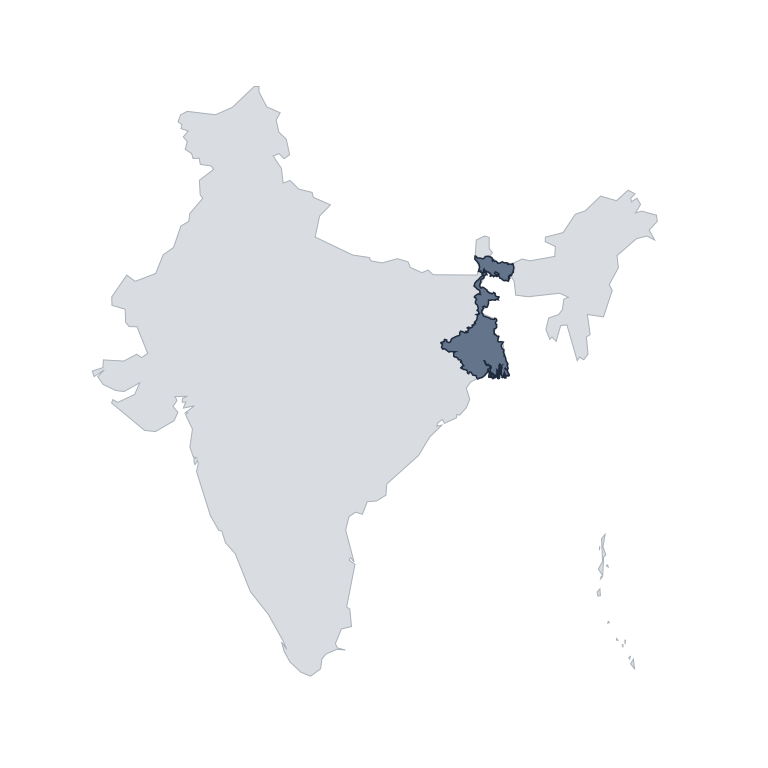 where West Bengal sits in India, rotated 354°
{"feature_id": "IND-3257", "entity_name": "West Bengal", "entity_type": "State", "adm_level": 1, "iso_a3": "IND", "parent_name": "India", "parent_adm1": "", "projection": "mercator", "projection_center": [88.164, 24.386], "detail": "fine", "context": "in_parent", "style": "filled", "palette": "slate", "viewbox_px": 768, "rotation_deg": 354, "n_neighbors": 0, "source": "natural_earth", "source_scale": "10m", "svg_char_len": 9837}
<svg xmlns="http://www.w3.org/2000/svg" viewBox="0 0 768 768"><g transform="rotate(354 384 384)"><path d="M95.2,340.6L106.2,338.3L107.4,330.7L127.6,334.0L141.2,328.6L145.7,332.4L152.2,328.8L144.3,301.2L136.7,300.3L133.5,295.8L134.4,282.6L121.7,277.4L122.3,269.0L139.5,248.8L147.3,255.9L168.5,250.2L177.9,232.4L189.0,226.2L198.5,205.6L206.9,201.9L208.7,194.1L223.2,180.3L221.0,176.8L221.7,162.1L236.9,152.8L235.1,149.2L224.3,146.3L223.8,140.1L217.7,139.8L216.7,134.6L210.8,129.9L213.7,122.4L210.2,117.3L215.7,111.9L208.8,108.8L210.2,105.0L206.6,101.6L209.9,95.0L216.7,92.3L244.6,98.6L262.1,93.0L286.0,74.6L290.8,75.0L290.2,80.5L296.4,96.1L309.1,103.4L304.3,110.3L305.8,122.6L312.4,130.3L314.1,146.1L308.1,149.5L303.8,143.9L297.6,145.7L304.5,158.8L304.7,173.6L311.9,171.8L319.5,181.2L332.5,185.9L333.3,191.0L349.5,200.3L337.5,210.2L330.9,230.7L366.2,252.4L382.6,256.7L383.7,260.1L394.7,263.4L410.6,260.8L420.8,265.1L422.3,270.8L433.3,277.2L439.8,275.3L444.3,280.5L487.9,285.4L491.2,277.8L487.7,268.7L490.8,250.5L499.4,247.3L503.9,249.2L502.8,260.1L505.6,264.7L502.6,267.8L510.7,275.8L522.9,278.3L534.4,274.1L542.2,276.8L567.2,274.9L568.8,265.2L559.2,259.3L559.9,254.8L578.0,252.1L592.0,235.2L602.1,232.9L619.1,219.8L634.3,226.0L647.1,216.7L653.5,221.2L648.8,225.0L649.1,228.6L655.0,225.7L657.9,232.2L652.0,240.1L658.3,239.0L672.6,244.5L672.8,250.8L663.8,258.6L668.2,269.1L660.9,264.3L650.2,265.9L629.2,280.6L629.2,292.9L618.3,308.8L620.8,314.7L609.3,340.2L593.5,336.1L594.2,356.3L590.2,358.4L590.0,375.6L585.2,380.8L581.5,377.7L578.6,381.0L572.1,344.4L565.8,344.3L559.7,359.6L556.0,354.8L553.6,356.9L550.7,346.6L554.7,335.5L564.8,333.3L569.2,328.7L571.7,318.4L576.5,317.0L568.2,312.1L536.3,312.3L524.3,309.4L524.1,295.1L521.1,289.1L518.7,293.7L515.1,293.7L508.1,284.8L504.4,288.3L495.3,281.4L496.7,285.7L489.6,296.3L506.8,310.1L497.0,311.7L488.4,323.9L502.3,331.6L499.2,344.6L502.3,353.6L506.4,355.1L508.8,387.9L505.0,386.0L502.7,389.4L500.7,378.0L499.6,387.8L493.7,385.7L490.4,388.3L491.9,377.6L486.8,372.6L491.1,378.0L487.0,384.3L470.2,391.2L465.4,396.8L467.7,408.2L463.2,416.4L455.8,422.9L453.2,421.9L452.6,425.2L439.9,429.5L438.5,425.4L433.5,428.1L432.1,431.5L437.3,430.9L424.0,441.4L410.8,458.8L376.3,483.7L374.3,494.8L364.4,499.5L355.0,499.4L348.9,511.3L342.3,508.5L335.3,512.3L330.6,525.3L335.6,557.8L332.6,553.2L330.8,555.4L336.3,560.3L323.5,601.9L326.5,604.2L326.3,621.8L316.0,623.2L308.5,637.1L310.1,641.7L317.9,644.5L309.3,643.0L298.3,646.3L293.7,650.6L291.1,660.7L280.4,666.9L271.4,662.1L261.3,650.4L256.7,639.3L255.1,629.8L259.4,637.6L257.2,629.9L244.8,600.9L229.4,576.5L218.3,537.2L209.7,525.3L207.4,513.3L204.4,512.3L197.6,496.8L188.4,451.5L191.0,443.6L190.4,440.8L187.6,444.5L187.0,442.3L187.2,437.7L190.7,438.2L186.7,436.4L184.3,426.6L188.8,408.8L183.5,394.0L185.7,391.9L183.2,392.0L193.1,385.9L181.9,387.0L185.0,381.2L181.4,381.1L182.1,377.2L187.1,375.6L174.7,374.8L176.5,378.7L171.8,384.3L176.1,390.6L171.4,398.6L151.8,407.4L141.1,405.2L111.1,374.4L112.7,371.2L117.2,374.5L135.0,368.3L141.2,357.2L124.8,364.3L116.4,362.4L104.6,355.0L100.1,346.8L107.3,340.7L96.5,346.3L95.2,340.6ZM581.5,597.4L577.8,590.5L582.8,583.4L584.2,560.4L588.2,556.6L584.7,568.9L586.8,577.1L584.3,579.1L581.5,597.4ZM603.3,683.7L603.4,693.4L600.0,688.1L603.3,683.7ZM577.1,617.2L574.5,617.3L574.2,613.2L577.3,610.3L577.1,617.2ZM594.4,668.1L594.2,670.9L593.6,668.3L594.4,668.1ZM597.5,664.2L596.5,667.9L596.8,663.9L597.5,664.2ZM600.7,680.2L599.6,683.2L598.8,682.0L600.7,680.2ZM583.2,644.9L581.4,645.1L582.3,643.5L583.2,644.9ZM580.9,598.8L579.0,600.4L579.9,597.9L580.9,598.8ZM587.3,587.2L588.2,590.0L586.1,587.9L587.3,587.2ZM589.8,663.4L588.3,662.9L588.9,661.4L589.8,663.4ZM581.7,568.7L580.8,571.8L581.3,568.5L581.7,568.7Z" fill="#d9dde1" stroke="#a8b0b8" stroke-width="1"/><path d="M501.1,267.8L504.4,269.5L504.7,270.6L504.8,272.9L505.9,272.1L506.4,273.5L508.2,273.6L509.0,274.3L509.7,275.7L512.0,275.9L513.2,275.2L514.5,274.9L516.5,276.2L517.8,276.1L519.4,276.5L519.9,276.9L519.6,277.9L519.9,278.1L521.3,277.8L524.0,278.4L524.3,277.7L524.8,277.9L525.4,282.1L524.8,283.4L524.5,285.4L523.9,285.9L524.2,286.6L523.3,287.0L522.8,288.0L522.3,288.3L522.3,289.2L520.8,289.7L520.7,288.9L519.9,289.0L519.9,290.2L519.1,290.3L519.1,291.0L519.7,291.2L519.0,291.9L519.9,292.2L518.9,293.3L518.7,294.5L518.2,294.8L517.4,293.9L515.9,294.0L515.5,293.5L514.7,293.9L514.0,293.7L512.5,292.5L512.0,291.6L510.4,290.9L509.2,287.5L509.1,286.9L509.7,287.0L509.8,286.6L508.9,286.2L508.8,285.6L506.8,284.2L506.0,284.5L505.6,285.7L507.1,286.6L507.4,287.4L507.9,287.3L507.9,287.7L508.5,288.0L508.6,288.4L508.2,288.7L507.3,288.9L505.3,287.7L504.3,288.8L503.5,287.7L502.8,287.4L501.1,288.0L500.8,287.7L502.1,286.6L500.9,285.2L501.0,284.7L500.1,284.3L499.7,283.6L498.4,283.3L497.1,282.2L496.1,281.8L495.6,280.1L495.0,281.0L494.2,283.6L494.6,283.9L495.0,283.1L497.1,283.8L497.8,286.0L496.5,285.8L494.6,287.6L494.4,289.1L492.3,289.9L491.2,290.7L490.7,291.9L491.1,292.5L491.0,293.1L490.5,293.5L489.4,295.9L489.7,297.6L490.5,298.8L492.5,298.1L493.1,298.5L496.3,301.4L496.4,302.8L497.4,303.5L498.5,304.8L499.7,304.9L501.2,305.6L502.0,305.0L502.7,304.9L502.7,304.5L503.3,304.8L504.1,305.7L503.8,307.1L504.6,308.5L505.9,309.1L507.4,309.3L507.3,310.0L506.4,310.8L506.3,311.6L506.0,311.6L506.3,312.1L504.2,311.5L503.5,312.3L500.5,311.6L499.8,311.5L499.0,312.0L497.4,311.5L496.7,311.6L496.4,314.7L495.4,317.0L494.4,318.5L492.8,318.4L492.6,317.6L492.0,317.0L490.2,317.6L490.8,319.2L489.7,320.2L489.5,321.0L489.0,321.1L488.4,323.5L489.1,323.8L489.6,324.5L489.7,325.9L490.1,326.7L495.9,329.5L497.4,330.7L500.5,331.2L501.0,330.2L502.1,330.7L502.6,331.3L502.8,332.9L501.4,334.2L501.3,335.7L501.9,336.6L502.3,336.7L501.9,337.6L502.1,339.2L500.9,340.4L499.4,340.7L499.4,341.5L498.9,342.4L499.1,343.1L498.7,345.4L499.2,345.6L499.3,346.4L500.0,346.4L502.2,349.0L503.0,348.4L503.2,348.6L501.6,352.8L501.8,353.7L503.3,354.4L504.3,354.0L507.0,354.8L504.8,357.5L504.6,359.7L505.7,361.7L506.7,362.4L506.5,363.8L506.0,364.7L506.9,368.0L506.3,368.8L507.2,369.3L507.8,371.4L507.6,372.1L507.8,373.4L508.2,374.3L508.0,374.5L509.0,376.0L509.3,377.3L509.0,377.8L508.6,377.6L508.5,378.7L508.9,379.9L509.0,381.9L508.0,382.1L508.0,382.6L506.7,381.9L506.4,380.9L505.9,381.2L506.3,382.1L507.7,383.0L508.1,383.7L508.4,385.5L509.5,387.5L509.5,388.4L509.0,388.9L508.4,388.4L508.2,389.0L507.8,389.0L505.7,388.0L505.0,385.5L504.6,386.9L505.0,388.3L504.7,388.6L503.9,388.6L503.8,388.2L504.2,387.9L504.0,387.1L503.4,388.2L503.6,389.8L502.4,390.0L502.0,389.6L502.3,388.9L501.5,387.0L501.9,384.6L501.7,384.0L502.3,381.3L503.1,380.2L502.0,379.0L503.1,377.8L502.4,378.0L501.7,378.8L501.8,379.4L502.4,379.8L501.6,381.7L500.5,381.7L500.4,381.2L500.9,380.2L500.6,378.2L501.5,376.6L501.4,376.2L501.0,376.2L500.2,378.2L500.4,379.5L499.9,380.4L499.8,382.1L499.2,383.8L499.2,385.5L500.3,385.3L500.5,385.9L500.1,387.0L499.7,386.9L499.8,388.3L499.8,388.8L499.4,388.6L499.3,390.0L498.6,389.6L498.5,390.1L498.7,390.5L498.1,390.7L497.6,390.0L498.5,387.9L498.0,386.1L498.5,384.9L498.5,384.3L497.8,383.2L498.2,381.9L497.8,381.6L497.9,382.0L497.4,382.9L497.7,384.7L497.4,384.8L497.0,386.1L497.3,387.8L497.0,388.6L495.8,389.1L495.6,387.6L495.7,387.0L495.0,387.3L494.5,386.6L494.4,386.9L494.9,388.0L494.6,388.8L494.1,388.9L493.9,385.6L493.2,384.9L493.8,387.5L493.6,388.9L494.0,389.7L493.0,390.1L492.7,389.1L492.4,388.8L492.1,389.0L491.6,387.7L492.1,385.1L491.0,383.0L490.9,381.4L492.4,378.9L491.9,377.0L489.6,375.9L489.5,375.4L488.8,375.8L488.2,375.4L487.4,374.5L486.8,371.7L486.1,371.5L487.3,375.3L488.1,376.2L490.6,376.7L491.2,377.2L491.4,378.1L491.2,378.7L490.2,379.8L488.8,380.2L489.0,380.9L487.6,383.7L486.0,384.9L485.3,385.9L482.1,387.9L480.5,388.0L477.6,388.8L476.7,387.2L476.6,385.4L473.2,384.4L471.9,381.5L470.6,381.1L469.3,382.6L468.8,382.5L468.1,381.5L468.3,380.3L467.9,379.1L466.0,378.1L464.9,378.0L463.5,377.0L462.3,376.5L462.1,375.8L462.8,375.3L463.5,375.4L463.7,374.5L465.2,374.1L464.3,373.1L464.0,371.7L462.6,370.5L462.5,369.8L463.4,369.6L463.0,368.6L462.3,368.0L460.5,367.6L460.0,366.0L458.7,364.9L457.3,364.6L456.3,363.8L456.5,360.5L457.1,359.9L458.4,359.4L453.5,358.7L451.9,359.0L448.4,355.6L447.2,355.2L446.2,355.6L445.0,353.5L446.0,351.5L446.3,350.2L445.2,349.9L444.8,349.0L445.4,348.5L448.5,348.0L448.7,347.7L448.4,346.5L449.1,346.0L450.9,346.7L450.9,348.5L452.9,349.6L453.8,349.4L455.0,348.2L455.3,346.9L456.5,345.8L461.2,344.1L464.2,343.5L464.7,342.4L464.5,341.1L465.7,339.4L468.5,340.6L469.7,341.5L471.5,341.6L470.9,340.3L472.2,340.4L472.8,340.9L473.1,339.6L473.8,339.1L473.8,338.5L472.6,336.9L472.8,336.7L474.3,336.3L474.9,337.5L476.0,337.0L477.2,337.1L477.9,336.3L477.8,334.7L478.4,334.5L479.3,335.1L479.9,333.7L481.3,333.5L481.1,332.8L480.5,332.7L480.5,331.9L482.7,330.3L484.0,326.7L483.8,325.2L483.0,324.6L483.7,324.5L485.0,324.9L485.8,324.6L486.0,324.0L485.4,323.7L485.9,323.2L485.5,321.8L484.2,320.5L484.5,320.2L485.1,320.4L485.6,318.1L485.5,317.1L484.9,314.9L483.5,313.7L483.4,312.3L483.7,311.1L484.8,309.5L484.0,307.8L483.5,307.7L482.9,307.0L483.4,306.2L487.1,304.1L488.1,304.8L489.3,305.0L488.8,303.8L489.1,302.3L488.8,300.9L486.2,299.0L485.3,297.3L484.0,296.5L483.8,295.6L484.3,295.2L484.8,293.3L487.4,290.8L488.3,290.5L491.3,287.7L493.2,286.5L493.9,286.4L494.0,286.1L493.8,285.5L493.0,285.1L493.5,284.2L491.8,282.8L492.0,281.7L490.4,282.1L489.7,281.9L491.2,278.2L491.3,277.0L491.0,274.7L489.9,272.6L487.4,269.4L487.8,266.8L488.1,266.2L489.3,267.0L490.0,268.5L492.6,268.7L495.1,269.8L496.4,269.5L498.2,267.8L501.1,267.8ZM489.0,386.9L490.3,383.6L490.9,383.3L491.3,385.6L491.2,386.9L490.6,387.3L490.7,388.5L489.0,388.2L489.0,386.9ZM499.6,384.3L500.8,382.1L501.3,382.5L500.8,385.1L499.7,384.7L499.6,384.3ZM504.6,388.8L506.0,389.8L506.0,390.6L504.6,390.6L504.6,388.8ZM489.6,383.8L489.5,382.6L489.8,381.9L490.3,381.7L490.6,382.3L490.4,382.9L489.6,383.8Z" fill="#64748b" stroke="#1e293b" stroke-width="1.5"/></g></svg>